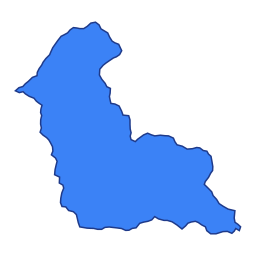 Coronel Fabriciano, Minas Gerais, Brazil (orthographic projection)
{"feature_id": "56859067B5591218375220", "entity_name": "Coronel Fabriciano", "entity_type": "district", "adm_level": 2, "iso_a3": "BRA", "parent_name": "Brazil", "parent_adm1": "Minas Gerais", "projection": "orthographic", "projection_center": [-42.686, -19.44], "detail": "fine", "context": "isolated", "style": "filled", "palette": "blue", "viewbox_px": 256, "rotation_deg": 0, "n_neighbors": 0, "source": "geoboundaries", "source_scale": "gbopen_adm2", "svg_char_len": 2278}
<svg xmlns="http://www.w3.org/2000/svg" viewBox="0 0 256 256"><path d="M136.1,227.8L139.7,223.3L143.7,222.1L147.9,221.3L151.7,219.9L154.7,216.6L158.5,218.9L164.0,220.4L167.3,220.4L172.1,221.8L177.0,225.0L182.0,229.0L185.6,225.9L187.9,223.2L191.2,222.0L195.4,221.3L198.3,222.5L201.7,224.9L205.4,226.8L206.8,230.7L210.7,233.8L216.0,233.8L222.9,231.6L227.4,231.4L231.9,233.3L234.2,231.2L235.8,228.5L239.3,230.6L240.6,226.8L237.9,224.3L235.0,222.3L234.2,218.0L234.9,210.7L228.1,209.1L223.2,206.3L219.1,203.6L216.6,199.4L213.1,195.6L211.7,191.8L208.5,188.5L204.3,184.4L205.3,181.5L208.5,177.4L210.6,173.3L212.6,170.5L212.8,166.6L212.0,161.8L211.0,156.3L208.5,154.1L206.9,151.2L203.2,150.5L199.8,147.9L196.7,147.5L192.4,148.7L187.2,149.1L182.3,146.2L177.0,144.8L174.9,141.7L173.4,138.1L168.6,135.9L164.9,135.7L160.3,135.2L154.8,135.9L151.3,134.8L147.6,133.2L143.6,134.9L141.0,136.8L137.7,139.2L135.3,141.6L131.0,139.6L130.2,136.1L131.1,132.8L130.2,129.0L130.0,124.6L130.0,119.9L128.7,115.7L123.0,115.1L121.6,111.1L119.1,106.0L114.9,104.0L110.9,103.4L110.1,100.1L109.4,96.5L110.1,93.3L110.4,88.4L106.8,86.7L105.1,83.3L101.8,79.3L99.4,75.0L99.8,69.2L103.1,65.3L106.0,63.0L109.9,60.3L113.5,57.9L116.4,56.8L119.6,54.6L121.7,50.7L118.7,44.3L114.8,42.8L112.1,41.1L109.6,37.1L107.7,32.9L104.7,31.1L101.0,28.9L99.1,24.9L95.5,22.2L90.8,23.1L87.2,26.4L83.7,28.6L79.8,28.6L76.8,28.0L73.4,27.6L70.2,29.8L67.6,32.9L64.3,34.7L61.1,36.3L57.9,40.4L55.9,43.2L52.8,47.6L50.9,51.7L49.6,54.8L45.8,58.6L43.1,62.2L41.7,65.1L39.2,68.5L37.3,72.3L37.0,75.7L32.4,77.4L28.3,81.4L25.3,83.8L22.9,86.5L18.9,87.7L15.4,90.8L19.3,92.6L23.1,91.7L25.4,93.9L29.2,96.3L34.0,98.2L36.3,101.1L38.7,103.0L42.0,105.2L40.9,109.2L40.6,112.6L41.7,115.5L40.7,119.8L40.6,124.1L41.4,128.0L40.1,132.2L43.0,135.1L46.6,137.6L48.8,139.9L50.5,142.8L52.5,146.7L52.9,151.1L51.4,154.8L55.5,158.0L57.1,161.3L56.1,165.2L55.1,169.5L54.6,174.7L59.6,177.1L59.3,183.0L62.9,185.1L63.7,188.1L61.8,193.0L60.8,198.3L60.5,202.6L62.0,206.5L65.8,206.9L68.6,210.5L73.4,211.7L76.4,214.6L77.3,218.3L78.3,222.7L79.8,226.9L82.8,227.4L87.0,228.1L90.4,228.3L93.6,228.4L97.6,229.3L101.7,229.3L104.9,227.4L109.2,227.0L112.5,227.4L116.2,227.8L121.5,228.5L125.7,230.4L129.0,230.2L132.2,228.4L136.1,227.8Z" fill="#3b82f6" stroke="#1e3a8a" stroke-width="1.5"/></svg>